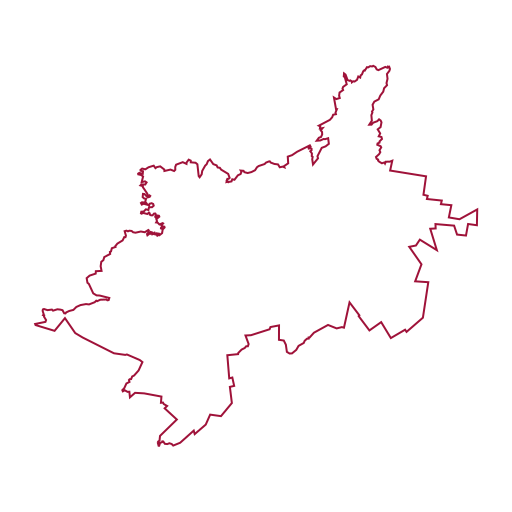 Carichí, Chihuahua, Mexico, rotated 89°
{"feature_id": "50627088B74180919977199", "entity_name": "Carichí", "entity_type": "district", "adm_level": 2, "iso_a3": "MEX", "parent_name": "Mexico", "parent_adm1": "Chihuahua", "projection": "robinson", "projection_center": [-107.184, 27.8], "detail": "fine", "context": "isolated", "style": "outline", "palette": "rose", "viewbox_px": 512, "rotation_deg": 89, "n_neighbors": 0, "source": "geoboundaries", "source_scale": "gbopen_adm2", "svg_char_len": 6091}
<svg xmlns="http://www.w3.org/2000/svg" viewBox="0 0 512 512"><g transform="rotate(89 256 256)"><path d="M165.4,361.9L167.4,365.1L166.6,368.3L167.9,370.0L168.7,369.9L169.3,367.5L171.8,367.8L170.9,371.3L171.6,372.4L172.3,372.3L173.0,369.5L174.5,367.5L180.1,369.0L179.4,365.7L180.5,364.1L182.6,365.5L182.4,369.3L183.4,370.3L184.2,367.9L185.2,367.9L191.8,363.6L194.0,363.2L193.4,361.6L194.1,360.7L195.0,361.3L195.5,363.3L192.1,366.4L191.9,367.9L195.1,368.3L196.4,367.0L197.0,365.0L199.8,365.8L200.7,365.1L200.3,369.1L201.0,370.1L202.6,369.3L201.8,367.4L203.4,362.0L201.9,361.5L201.4,359.4L202.2,357.9L203.9,357.4L205.4,359.1L205.4,362.1L208.1,362.8L207.4,365.3L209.6,367.5L209.7,369.9L211.3,370.3L211.7,369.7L211.0,368.0L212.1,363.9L210.7,362.3L211.5,361.5L212.8,361.5L213.5,360.2L213.5,358.7L211.8,357.2L211.8,355.9L212.7,355.4L215.1,356.1L215.9,355.4L213.8,353.6L214.1,352.3L215.0,352.0L217.4,355.0L219.4,354.4L220.7,355.2L220.9,353.8L222.8,352.0L221.5,348.8L221.8,348.3L223.8,350.1L224.5,349.8L225.1,347.1L225.9,346.9L227.2,348.2L226.3,350.1L226.5,351.3L227.1,349.5L228.2,348.9L231.5,349.5L233.3,351.9L232.0,352.5L231.7,354.3L233.6,353.5L234.0,354.3L231.6,355.5L231.7,356.1L232.7,356.2L232.4,357.4L231.2,357.4L232.3,359.1L230.7,359.2L230.1,360.9L231.0,361.5L232.3,360.1L231.6,361.8L233.4,364.2L232.1,364.6L230.7,363.3L228.6,362.7L228.1,363.2L230.3,366.8L229.5,370.7L230.6,376.1L230.1,378.5L228.8,379.9L228.5,382.2L229.1,383.6L228.4,385.1L228.9,386.9L233.4,385.7L234.9,386.2L234.8,387.4L238.1,389.1L241.2,394.4L243.7,396.5L244.5,396.3L245.7,400.0L248.9,400.9L249.4,402.0L251.4,401.8L254.4,407.7L257.5,408.7L259.1,410.8L263.5,411.5L268.2,410.7L268.4,416.4L270.8,416.6L272.7,422.7L275.2,425.7L279.8,425.0L281.0,423.6L290.5,419.4L292.6,416.1L292.8,413.0L295.4,403.4L297.5,404.1L297.7,405.4L296.9,406.4L297.0,412.5L298.4,415.6L297.9,416.5L299.4,418.1L301.5,423.8L301.1,426.8L302.0,432.3L303.8,436.5L306.7,439.5L307.7,443.7L309.1,446.8L310.1,447.5L309.9,448.8L306.8,450.4L306.2,452.5L305.8,455.5L307.1,459.9L306.0,461.0L306.5,465.4L305.3,468.9L305.7,470.0L307.1,470.3L310.5,469.3L311.4,469.9L311.8,468.8L313.0,469.0L316.4,467.0L318.2,467.7L320.1,478.0L321.2,477.6L327.3,458.7L314.8,448.1L329.9,438.1L334.5,430.7L350.8,399.7L352.6,388.4L352.2,386.8L358.0,374.0L360.1,371.4L368.4,375.4L373.4,380.0L374.3,381.9L376.9,383.0L377.0,384.5L377.8,385.2L379.7,384.7L381.2,387.8L385.8,390.0L387.8,392.0L389.0,391.5L388.0,389.5L389.6,386.8L389.5,385.0L395.1,384.5L390.7,379.3L391.4,370.2L394.9,353.0L401.1,353.6L400.9,351.6L402.4,350.8L404.4,347.5L406.7,350.0L418.1,338.0L434.2,355.1L438.9,355.7L439.8,357.0L440.5,356.6L441.2,357.4L444.0,356.7L444.0,356.1L441.2,355.2L440.5,353.2L439.7,352.9L439.8,352.0L442.2,350.4L442.5,348.0L441.7,345.9L442.5,343.6L444.1,342.1L441.4,335.1L429.5,321.3L433.0,320.4L423.7,309.2L413.8,304.6L415.5,293.8L402.6,282.7L386.4,284.4L385.5,280.1L377.1,281.8L377.9,284.9L354.7,286.4L353.8,275.6L352.6,275.4L349.3,272.0L347.8,268.9L346.1,267.4L346.1,265.7L343.9,264.9L335.3,267.9L335.1,262.4L329.5,243.7L327.3,242.8L325.8,234.2L340.2,234.5L341.0,229.7L345.2,227.7L352.4,226.8L354.1,224.1L354.0,221.7L350.6,217.4L346.6,215.0L343.8,209.8L341.6,208.8L339.6,206.5L339.5,204.8L338.4,204.8L338.4,203.8L333.7,199.4L326.2,185.2L329.8,176.6L328.6,171.4L329.2,169.3L304.0,163.3L317.1,153.7L317.9,154.4L332.4,143.9L324.3,132.0L340.4,122.6L332.3,108.2L334.5,106.8L320.6,90.2L285.2,84.2L284.1,97.3L267.2,90.7L249.5,102.6L248.3,95.9L242.5,91.9L253.3,75.1L231.8,81.3L231.6,75.9L227.2,76.0L229.1,57.4L238.1,54.6L239.2,45.7L227.7,43.4L229.1,34.6L213.3,34.0L222.8,51.9L220.8,62.5L208.6,59.8L207.4,70.2L203.8,69.3L202.0,84.1L198.8,83.3L197.7,87.5L179.3,84.6L172.9,120.4L163.1,118.1L164.0,120.6L164.0,124.6L165.8,125.4L164.7,126.0L165.5,128.5L163.9,131.1L162.7,132.3L161.7,132.2L160.9,133.7L159.1,134.3L156.3,131.1L154.3,129.9L152.4,130.7L149.6,128.9L148.4,129.5L146.9,132.8L145.6,132.5L144.8,130.5L143.6,130.5L141.2,128.0L139.2,128.5L138.5,131.2L135.6,129.7L131.5,132.1L129.3,129.2L124.5,128.2L122.7,129.0L121.5,130.6L123.3,132.3L124.8,136.6L126.7,138.2L126.7,140.5L122.7,137.8L117.2,138.2L114.6,137.1L113.6,137.5L111.5,136.1L106.8,136.8L103.7,135.0L101.5,130.6L97.7,128.9L93.9,125.9L90.5,125.0L87.5,122.0L85.4,122.5L81.1,121.4L76.3,121.9L73.2,119.4L71.3,118.8L69.2,119.5L69.7,120.3L69.0,120.8L70.0,121.5L69.2,123.4L72.3,130.4L71.5,132.1L69.1,133.3L67.9,135.5L68.5,136.5L68.2,138.6L69.4,140.6L69.1,141.7L72.5,144.0L72.2,144.5L73.2,145.6L76.3,146.9L77.2,148.2L79.4,148.7L78.3,150.6L81.6,151.9L83.3,154.4L83.0,155.7L84.0,157.1L83.0,157.2L82.1,158.6L82.5,159.2L81.8,161.3L76.2,163.3L75.0,164.8L78.0,165.1L78.7,164.1L85.9,162.3L88.4,165.9L90.1,166.6L91.6,166.0L94.0,169.6L97.2,170.1L99.5,169.5L100.5,172.9L98.9,175.3L110.8,173.4L110.7,172.6L114.0,174.0L115.6,173.6L116.1,176.4L118.6,177.4L121.2,179.8L126.8,190.9L127.5,189.5L129.7,189.9L129.3,187.2L131.5,189.1L133.1,187.8L135.6,187.7L138.1,188.9L138.9,191.1L141.8,193.3L141.6,189.7L140.2,186.4L140.4,184.9L139.5,181.8L145.1,181.2L147.6,184.5L149.0,188.4L157.3,192.8L159.4,192.3L165.5,197.4L160.2,198.1L157.9,197.6L157.1,198.5L154.4,198.3L152.2,199.9L151.2,198.6L149.7,198.6L149.2,199.5L149.5,201.4L148.6,201.6L147.5,199.6L146.3,200.2L152.5,213.1L155.8,218.2L157.2,222.5L163.9,222.2L166.7,226.5L167.8,226.1L167.1,227.8L167.7,230.7L164.8,232.4L164.3,236.0L162.8,239.7L161.6,240.6L161.7,241.5L162.8,244.4L164.2,245.8L166.1,251.8L167.3,253.5L170.2,255.4L172.0,259.1L172.9,262.9L172.0,266.1L170.6,267.0L170.3,269.8L171.6,269.1L173.8,270.0L175.0,272.7L179.4,276.2L178.9,278.4L181.0,279.2L181.5,282.1L182.3,281.9L181.3,282.8L181.5,283.9L180.6,283.4L180.3,284.1L178.4,283.3L178.4,282.1L177.4,281.0L173.4,282.4L169.0,289.4L167.2,290.6L166.8,292.8L164.7,293.8L163.4,297.1L158.7,300.3L160.3,302.4L163.5,303.8L164.7,305.2L170.0,308.3L173.4,308.9L176.3,311.0L175.1,311.9L163.3,313.0L161.7,314.8L161.2,319.6L159.5,319.6L158.5,321.6L161.3,323.8L162.7,323.9L160.9,327.6L163.3,334.3L165.6,335.2L168.4,335.2L169.6,336.4L168.1,340.0L169.4,346.1L167.9,346.2L164.7,350.2L165.4,353.6L166.4,355.0L163.9,356.7L165.4,361.9Z" fill="none" stroke="#9f1239" stroke-width="2"/></g></svg>